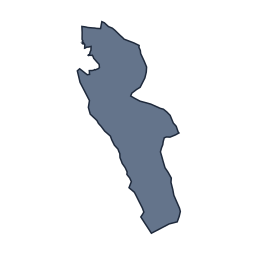 Okehi, Kogi, Nigeria (Equal Earth projection), rotated 112°
{"feature_id": "59680162B48603200461333", "entity_name": "Okehi", "entity_type": "district", "adm_level": 2, "iso_a3": "NGA", "parent_name": "Nigeria", "parent_adm1": "Kogi", "projection": "equal_earth", "projection_center": [6.277, 7.727], "detail": "fine", "context": "isolated", "style": "filled", "palette": "slate", "viewbox_px": 256, "rotation_deg": 112, "n_neighbors": 0, "source": "geoboundaries", "source_scale": "gbopen_adm2", "svg_char_len": 1931}
<svg xmlns="http://www.w3.org/2000/svg" viewBox="0 0 256 256"><g transform="rotate(112 128 128)"><path d="M47.3,148.6L46.9,154.4L47.1,164.9L46.4,166.4L44.9,170.5L42.4,176.5L41.3,179.9L41.3,184.1L39.3,189.3L39.2,192.1L46.1,190.7L47.4,194.4L47.8,196.3L48.4,198.1L49.5,201.7L49.9,203.1L50.1,204.7L50.6,206.9L51.1,208.8L56.6,206.3L63.0,203.8L63.5,203.3L64.0,202.6L64.9,202.7L65.0,202.5L65.0,202.4L65.3,202.1L65.5,201.9L65.7,201.6L65.5,201.3L65.9,200.9L66.0,200.8L66.2,201.0L66.5,201.7L66.6,202.1L66.7,201.9L66.9,201.7L66.8,201.3L66.7,201.1L66.6,199.6L67.1,199.2L68.0,198.9L70.3,198.1L70.0,197.7L69.5,197.3L69.2,197.1L68.4,196.5L68.0,195.4L67.3,194.2L67.0,194.0L66.2,192.8L69.8,191.5L71.3,191.6L73.0,191.4L74.2,191.2L74.9,192.1L75.5,192.2L75.6,191.7L75.2,191.3L74.4,189.3L74.3,188.8L73.9,188.3L74.8,187.2L76.2,185.9L78.4,181.6L79.8,178.6L82.7,177.1L84.2,177.9L86.4,180.2L86.4,180.9L87.1,181.3L87.8,182.2L88.4,183.3L88.8,184.4L89.3,185.4L92.7,183.7L93.3,184.8L93.9,185.7L91.2,195.0L94.0,196.4L103.7,189.5L117.0,174.0L123.7,172.5L129.3,168.2L132.7,159.6L134.9,157.0L136.5,153.6L139.6,148.5L142.1,141.3L145.0,138.7L149.1,134.1L151.3,129.4L153.2,127.7L154.8,126.0L158.5,124.3L161.1,121.8L163.0,120.1L165.8,115.8L169.0,112.4L171.5,111.6L173.7,107.7L176.5,104.8L183.0,104.7L185.2,98.0L187.4,95.4L192.1,90.1L196.7,84.8L200.0,81.8L202.8,82.2L205.7,82.8L216.8,66.9L201.5,53.9L196.6,47.2L190.9,47.4L185.8,48.2L183.1,50.2L173.2,60.3L168.2,63.5L162.3,67.8L158.2,69.1L154.1,74.2L151.0,78.8L145.6,83.1L142.8,85.2L138.0,89.0L133.6,89.5L130.5,89.5L127.3,90.3L123.5,90.7L121.9,89.0L120.7,85.6L116.6,81.4L113.5,78.9L112.8,80.1L108.4,83.9L107.9,84.8L106.5,87.8L100.5,93.7L98.6,98.0L97.3,102.2L97.7,105.6L97.3,115.8L97.7,119.6L98.6,126.9L98.2,131.0L98.0,132.8L97.3,137.5L94.2,137.5L89.1,134.5L85.7,132.0L75.3,131.1L69.3,132.0L64.5,133.6L60.1,137.9L54.3,144.1L51.4,145.7L49.1,148.1L47.3,148.6Z" fill="#64748b" stroke="#1e293b" stroke-width="1.5"/></g></svg>